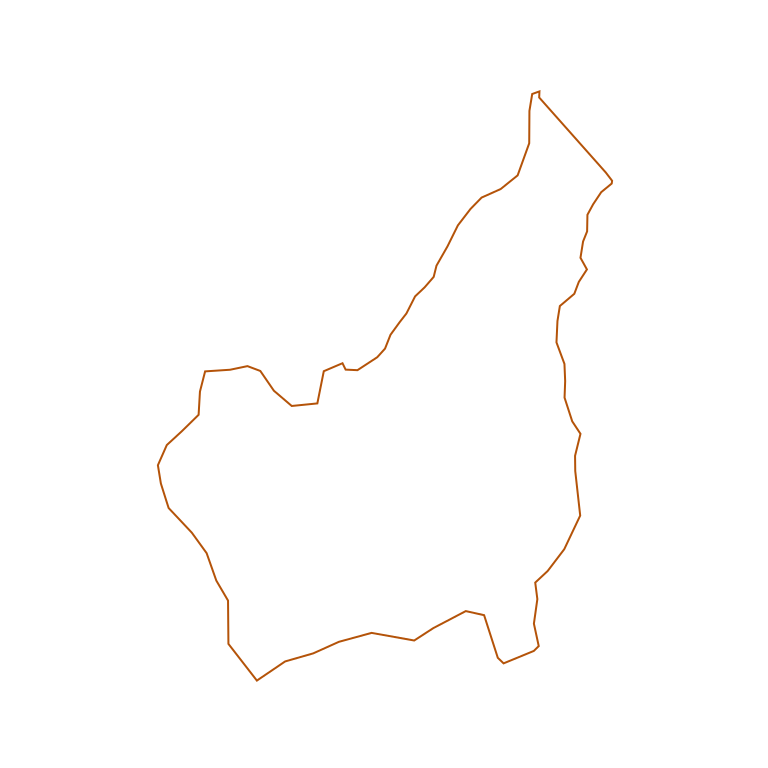 outline of Trimiklini, Limassol, Cyprus, rotated 8°
{"feature_id": "46923920B95743207608063", "entity_name": "Trimiklini", "entity_type": "district", "adm_level": 2, "iso_a3": "CYP", "parent_name": "Cyprus", "parent_adm1": "Limassol", "projection": "equal_earth", "projection_center": [32.914, 34.854], "detail": "fine", "context": "isolated", "style": "outline", "palette": "amber", "viewbox_px": 768, "rotation_deg": 8, "n_neighbors": 0, "source": "geoboundaries", "source_scale": "gbopen_adm2", "svg_char_len": 1215}
<svg xmlns="http://www.w3.org/2000/svg" viewBox="0 0 768 768"><g transform="rotate(8 384 384)"><path d="M497.2,72.6L490.4,76.2L490.0,93.3L494.3,125.4L487.3,158.8L472.4,174.7L454.7,185.8L445.3,198.6L435.1,216.6L427.7,238.9L419.5,259.5L418.3,271.0L410.8,282.6L402.6,292.9L396.4,311.0L390.9,320.6L383.6,334.3L380.1,348.8L373.6,358.4L355.8,374.0L344.0,375.1L340.0,369.2L322.6,379.7L320.7,412.5L295.7,418.6L275.9,406.0L259.7,388.3L246.3,385.3L229.6,391.3L205.1,396.4L202.8,417.1L204.7,440.3L190.3,459.0L177.8,474.2L177.4,474.7L171.4,495.9L176.9,513.6L185.1,530.8L188.0,536.8L214.4,558.0L231.9,576.2L245.3,602.0L259.7,620.2L266.1,663.0L299.4,695.4L302.9,692.2L324.7,672.5L351.4,660.6L375.2,645.6L406.3,632.2L449.6,633.8L466.9,618.8L496.6,597.5L515.3,599.0L534.8,639.3L541.3,644.0L569.5,627.5L573.7,622.0L565.8,600.5L565.8,575.7L561.4,559.6L572.1,546.4L585.5,522.5L596.6,487.0L585.5,443.6L583.2,428.5L585.5,406.0L575.6,394.8L564.7,372.4L563.0,355.9L559.9,339.0L549.0,318.8L547.0,297.5L547.3,282.3L559.9,268.2L562.7,255.8L569.0,242.3L561.0,231.7L561.3,215.2L563.9,204.6L561.9,188.1L566.1,176.9L572.4,163.8L581.6,153.8L581.6,151.0L574.3,143.8L497.8,78.7L497.2,72.6Z" fill="none" stroke="#b45309" stroke-width="2"/></g></svg>